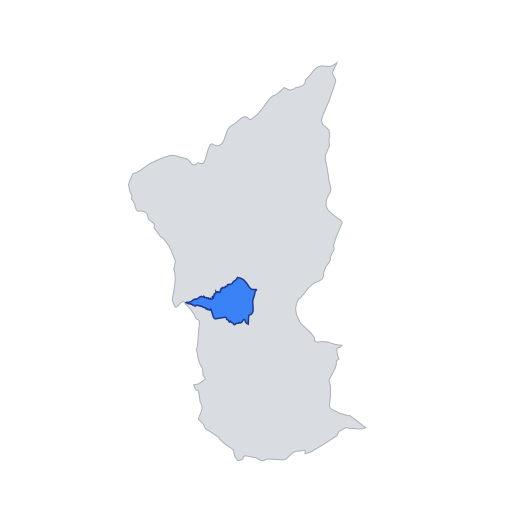 location of Nana-Grébizi within Central African Republic, rotated 280°
{"feature_id": "CAF-807", "entity_name": "Nana-Grébizi", "entity_type": "Economic Prefecture", "adm_level": 1, "iso_a3": "CAF", "parent_name": "Central African Republic", "parent_adm1": "", "projection": "albers", "projection_center": [19.251, 7.51], "detail": "fine", "context": "in_parent", "style": "filled", "palette": "blue", "viewbox_px": 512, "rotation_deg": 280, "n_neighbors": 0, "source": "natural_earth", "source_scale": "10m", "svg_char_len": 7645}
<svg xmlns="http://www.w3.org/2000/svg" viewBox="0 0 512 512"><g transform="rotate(280 256 256)"><path d="M353.4,190.5L358.0,191.6L358.8,193.1L357.6,197.7L358.5,200.6L361.1,203.1L363.8,204.1L366.3,204.6L375.1,206.0L378.8,207.7L383.7,213.1L389.8,218.0L391.3,220.6L391.1,223.0L389.3,225.9L389.6,227.1L392.4,230.0L395.7,232.9L401.5,236.2L411.7,241.2L416.4,244.6L418.0,247.2L420.7,250.0L424.3,252.6L426.8,254.6L425.2,260.3L425.8,262.1L426.7,263.7L428.8,266.0L429.7,268.8L431.9,272.4L434.4,274.0L438.6,274.5L440.8,276.1L445.5,278.9L450.0,281.3L451.9,283.0L453.1,284.5L454.1,286.3L454.7,288.0L454.9,291.9L455.7,296.6L458.2,299.9L460.4,302.3L451.3,299.6L449.9,299.6L448.3,300.1L443.6,303.6L442.1,304.1L436.1,303.4L421.6,301.0L410.4,298.5L407.1,297.6L401.1,296.8L397.2,298.6L393.6,304.8L392.5,306.0L386.7,307.9L384.0,307.5L377.3,309.2L366.9,306.8L363.2,307.4L360.3,308.7L352.9,311.5L348.4,313.1L343.2,314.6L338.2,316.9L334.8,318.1L331.5,318.1L328.6,316.9L325.3,315.9L321.4,315.7L317.4,316.4L314.0,318.8L312.6,320.6L309.6,325.2L306.2,332.8L304.8,334.3L303.5,335.1L287.3,331.4L280.3,330.6L275.6,331.8L269.6,329.7L267.0,329.3L265.8,330.0L262.5,329.1L257.1,326.5L252.0,325.5L247.4,325.9L244.6,325.0L242.3,322.5L239.4,318.0L234.1,313.4L227.0,309.8L222.6,307.1L220.8,305.3L217.0,304.3L211.2,304.1L205.6,305.9L197.5,311.5L190.0,323.2L185.9,327.6L182.5,328.7L181.7,331.5L183.3,336.0L183.8,341.1L182.6,349.8L183.0,356.2L181.2,355.2L179.5,352.2L178.7,351.6L173.8,352.9L171.2,354.1L169.8,355.3L168.8,355.5L167.2,353.8L166.0,353.5L164.0,353.8L162.0,353.8L160.7,353.6L159.9,353.7L157.6,352.8L149.1,350.3L147.6,349.5L145.9,349.5L141.5,351.7L139.1,352.2L132.1,353.5L124.6,354.1L121.7,354.1L119.7,355.1L118.4,356.4L116.0,364.4L115.4,365.8L115.5,367.8L114.8,374.3L115.1,376.3L105.9,393.9L104.4,391.0L103.5,387.5L103.2,383.6L103.4,382.5L102.8,381.3L102.1,378.1L102.8,376.0L102.2,373.8L100.5,371.6L98.9,370.0L98.0,368.5L97.2,367.8L95.5,367.6L93.1,366.8L83.2,356.3L72.9,344.6L70.8,340.7L70.0,338.5L72.5,338.3L73.2,337.9L73.2,336.9L71.7,333.9L70.9,330.1L69.7,327.7L65.6,324.1L61.8,321.3L60.5,319.9L59.9,317.9L58.5,305.3L57.9,301.7L56.7,300.1L55.8,299.4L55.5,298.5L55.6,296.2L56.2,294.2L56.2,293.4L57.2,291.7L57.4,280.0L56.1,278.3L53.8,278.3L52.6,276.6L51.6,274.4L51.9,272.9L54.2,270.5L55.7,269.6L60.1,267.8L61.3,266.9L62.1,265.7L62.7,264.2L65.3,258.2L69.1,252.2L70.8,251.0L74.7,242.2L75.6,240.0L76.3,237.7L77.6,235.9L81.8,233.0L85.0,227.7L88.4,228.0L91.9,228.9L96.4,229.4L100.0,228.4L102.3,226.4L113.2,222.9L114.0,220.1L115.8,218.6L117.8,217.3L118.5,217.2L118.6,218.1L119.8,221.0L122.3,224.0L125.9,227.2L127.0,227.0L129.2,224.6L135.0,223.1L136.4,222.5L140.5,219.0L145.3,216.7L148.2,215.9L153.1,213.6L156.6,213.9L162.2,213.6L171.6,212.5L178.3,212.1L181.8,211.7L182.6,211.2L183.9,207.9L185.0,206.9L187.5,205.5L192.5,200.4L195.8,196.1L196.8,194.5L197.4,194.2L198.8,192.4L197.4,190.5L191.9,186.7L191.9,186.2L191.6,185.5L191.9,185.0L194.1,183.5L196.9,181.7L200.0,181.0L208.0,181.2L214.7,180.8L216.3,180.9L221.6,180.0L225.2,179.1L229.0,177.3L237.4,177.5L244.4,172.8L246.4,171.9L247.3,171.2L247.6,170.5L250.8,168.6L254.5,164.8L257.4,161.3L258.2,158.9L266.1,150.6L268.8,150.7L270.2,149.7L273.3,144.2L274.3,143.2L277.5,142.2L279.1,140.5L280.4,138.1L280.4,135.1L279.8,132.7L279.8,131.5L280.5,130.4L281.8,129.4L287.8,126.4L289.3,124.9L290.2,123.6L291.9,123.4L293.7,123.5L294.9,122.7L296.2,121.3L300.4,119.5L304.2,118.1L308.3,118.6L315.6,120.4L317.8,124.3L318.9,125.7L328.1,134.9L329.8,137.1L334.4,143.8L337.2,148.3L340.4,154.8L340.8,158.4L340.4,161.4L339.8,170.1L339.0,172.6L335.1,177.3L334.9,179.4L335.8,181.1L337.0,181.8L337.8,182.7L337.3,186.7L338.8,188.3L341.8,189.3L349.4,189.9L353.4,190.5Z" fill="#d9dde1" stroke="#a8b0b8" stroke-width="1"/><path d="M197.4,194.7L198.2,195.4L198.5,196.2L198.6,197.0L198.7,197.8L200.2,200.4L200.7,200.8L201.9,201.7L202.4,202.3L202.5,202.5L202.6,202.8L202.6,203.1L202.7,203.3L203.1,203.5L203.1,203.9L202.8,204.2L202.8,204.4L203.2,204.5L203.3,205.0L203.7,205.7L204.4,206.4L206.0,207.8L206.2,208.2L206.2,208.5L206.2,208.8L206.7,209.1L206.6,209.3L206.7,210.3L206.5,211.2L206.7,211.5L207.3,211.6L207.1,212.0L206.5,212.3L206.2,212.5L206.2,212.8L206.3,213.1L206.4,213.5L206.4,214.3L206.3,214.6L205.8,214.9L206.1,215.3L206.4,215.9L206.4,216.4L205.5,216.9L205.7,217.5L206.2,218.0L206.4,218.2L206.3,218.5L205.5,219.1L205.5,219.4L206.6,220.9L207.1,221.2L207.2,220.9L207.5,220.3L208.6,221.4L209.0,221.5L209.0,220.8L209.7,221.7L209.9,221.8L210.3,221.8L210.5,221.7L210.8,221.5L211.1,221.4L211.5,221.6L212.1,222.4L212.5,222.5L212.8,222.8L213.1,222.9L214.0,222.7L213.4,223.3L213.2,223.6L213.2,223.9L213.4,224.0L213.7,224.0L214.0,224.0L214.1,224.9L213.7,225.6L213.5,226.3L214.0,226.8L214.2,226.6L214.7,226.8L215.1,226.6L215.5,227.1L215.8,227.1L216.8,227.4L217.0,227.4L217.2,227.1L217.5,227.3L217.9,227.5L218.3,227.5L218.4,227.8L218.3,228.5L218.5,228.8L219.2,228.7L219.4,230.7L219.9,231.2L220.2,231.1L220.4,231.0L220.6,231.0L220.7,231.3L220.7,231.5L220.9,232.0L221.0,232.3L221.8,233.1L222.1,233.3L222.3,233.0L222.4,232.9L222.6,232.9L223.2,233.6L223.8,236.0L224.3,237.0L224.7,237.3L225.5,237.5L226.3,238.0L227.0,238.3L227.3,238.5L227.6,238.8L227.9,239.3L228.2,239.6L229.2,240.4L229.8,240.8L230.5,240.9L230.6,241.0L231.2,241.8L231.2,241.7L231.4,241.7L231.7,241.7L231.5,242.9L231.5,244.6L231.2,245.7L230.4,247.9L230.0,248.6L229.6,249.1L228.8,249.8L228.4,250.3L228.1,251.0L227.8,251.4L227.5,251.7L227.2,251.9L225.7,253.4L224.7,254.2L224.3,254.6L222.8,256.6L222.5,257.3L222.4,258.1L223.0,261.6L223.0,262.0L222.9,262.3L222.7,262.3L222.4,262.2L221.6,261.6L221.0,261.4L219.7,261.2L218.8,261.4L212.2,260.6L210.1,260.7L205.0,262.0L202.9,262.3L201.6,262.6L200.9,262.6L200.2,262.5L199.0,262.1L198.2,261.7L197.7,261.3L197.2,260.6L196.9,259.9L196.6,259.5L195.8,259.3L194.6,259.3L187.6,260.2L188.1,258.5L188.4,258.0L188.8,257.5L189.3,257.1L190.9,256.3L191.2,256.1L191.4,255.8L191.4,255.5L191.2,255.0L191.1,254.8L190.9,254.6L189.4,254.0L188.7,253.7L188.1,253.2L187.6,252.7L187.4,252.3L187.3,251.8L187.5,251.3L187.7,250.8L187.6,250.7L187.1,250.6L186.8,250.5L186.7,250.3L186.2,248.5L185.9,248.1L185.5,247.6L184.7,247.0L184.5,246.7L184.6,246.3L184.8,245.8L185.1,245.6L185.7,245.3L185.8,245.1L185.9,244.9L186.3,243.5L186.6,242.9L186.8,242.7L187.2,242.5L187.4,242.3L187.4,242.1L187.2,241.8L186.4,241.5L186.3,241.3L186.4,241.1L186.6,240.8L186.9,240.6L187.7,240.2L187.9,240.0L188.1,239.8L188.2,239.6L188.2,239.4L188.2,238.9L188.2,238.6L188.3,238.4L188.5,238.1L188.8,238.0L190.0,237.5L190.3,237.3L190.4,237.1L190.4,236.5L187.0,226.8L187.4,225.7L188.9,224.4L195.5,221.0L195.9,220.7L195.7,220.6L195.4,220.7L195.1,220.6L194.9,220.4L194.7,219.8L194.7,219.6L194.7,219.4L194.9,219.2L195.1,218.9L195.1,218.7L195.0,218.3L194.8,218.1L194.8,217.9L194.8,217.7L195.1,217.4L195.4,217.2L195.5,217.1L195.6,216.8L195.5,216.6L195.4,216.5L195.2,216.3L195.1,216.2L195.3,215.9L195.8,215.7L196.1,215.4L196.3,215.1L196.3,214.8L196.2,214.6L196.1,214.2L196.3,213.7L196.3,213.1L196.3,212.8L196.5,212.5L196.7,212.3L196.8,212.1L197.1,211.3L197.2,211.1L197.0,210.8L196.9,210.7L196.8,210.4L197.0,210.2L197.2,209.9L197.3,209.7L197.2,209.4L197.0,209.0L197.0,208.8L197.0,208.6L197.2,208.4L197.3,208.3L197.4,208.2L197.5,208.0L197.4,207.8L197.3,207.5L197.2,205.9L197.1,205.7L196.8,205.6L196.7,205.6L196.2,205.2L196.0,204.7L196.1,204.4L196.3,203.8L196.7,203.4L196.7,203.2L196.8,202.9L196.7,202.1L196.8,202.0L196.9,201.9L197.1,201.8L197.2,201.7L197.1,200.8L197.2,200.6L197.3,200.5L197.5,200.4L197.7,200.2L197.4,199.3L197.3,199.1L197.3,198.8L197.6,198.2L197.6,197.8L197.4,197.5L197.3,197.4L197.4,197.2L197.6,197.0L197.7,196.7L197.8,196.4L197.8,195.1L197.4,194.7Z" fill="#3b82f6" stroke="#1e3a8a" stroke-width="1.5"/></g></svg>